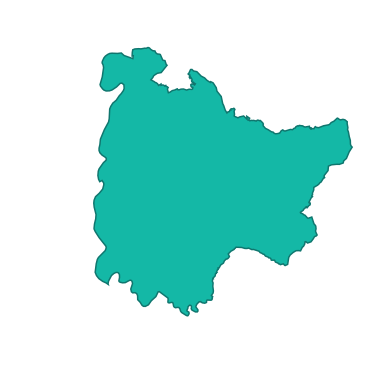 the district of Mica, Cluj, Romania, rotated 292°
{"feature_id": "2599482B98044296653209", "entity_name": "Mica", "entity_type": "district", "adm_level": 2, "iso_a3": "ROU", "parent_name": "Romania", "parent_adm1": "Cluj", "projection": "natural_earth1", "projection_center": [23.988, 47.128], "detail": "fine", "context": "isolated", "style": "filled", "palette": "teal", "viewbox_px": 384, "rotation_deg": 292, "n_neighbors": 0, "source": "geoboundaries", "source_scale": "gbopen_adm2", "svg_char_len": 6018}
<svg xmlns="http://www.w3.org/2000/svg" viewBox="0 0 384 384"><g transform="rotate(292 192 192)"><path d="M293.6,323.7L294.5,322.0L295.7,321.0L299.1,319.5L302.2,317.1L306.3,314.5L308.0,312.9L310.1,312.4L313.6,310.2L315.3,309.6L316.2,306.7L315.9,304.7L314.5,302.7L314.5,301.3L315.0,299.6L314.9,299.0L310.7,297.0L308.5,295.0L306.5,294.3L305.6,293.7L302.7,289.2L299.1,285.4L298.5,283.1L298.8,281.9L298.0,281.5L296.4,281.4L295.6,279.3L294.9,279.0L294.9,278.6L296.0,278.5L295.8,278.1L296.0,277.8L295.8,277.3L295.5,277.2L295.6,276.9L296.9,276.2L294.6,272.5L294.5,271.0L294.8,270.0L293.9,266.5L293.2,266.1L292.9,265.1L291.5,263.9L290.2,263.8L289.2,262.7L287.5,261.9L286.8,259.7L283.4,255.5L283.2,254.3L283.6,252.9L282.2,251.8L279.3,251.2L279.3,250.8L278.6,250.1L277.3,247.8L277.2,246.3L277.9,244.9L277.6,243.0L278.3,239.3L278.5,236.3L280.0,233.3L281.0,232.7L281.7,232.7L282.6,231.7L283.9,228.6L283.3,227.8L283.5,227.1L283.1,225.7L281.9,225.0L281.4,222.1L280.9,221.3L280.5,219.9L279.7,219.0L279.8,217.7L282.0,217.8L282.7,214.5L280.1,215.8L281.8,211.4L279.5,208.1L278.0,206.8L278.1,203.3L278.3,202.6L280.0,202.3L282.6,200.8L284.7,200.8L285.3,199.6L285.2,199.3L284.5,198.9L283.8,197.1L283.0,196.9L282.6,197.3L282.1,196.5L280.6,196.5L279.7,195.3L278.4,194.8L280.3,192.2L284.1,188.9L285.4,187.4L291.5,183.3L294.8,177.4L297.8,175.4L301.1,170.7L301.3,168.0L300.4,167.9L301.2,163.9L302.5,161.0L302.9,157.1L305.4,151.4L304.8,148.1L305.6,146.0L305.0,144.8L301.1,144.6L300.0,144.2L299.6,144.7L299.6,146.3L297.4,146.5L296.6,147.6L298.0,147.7L296.8,149.4L295.7,150.2L294.9,149.9L294.1,150.6L293.8,151.6L294.3,151.9L294.2,152.5L293.8,152.7L293.6,154.6L292.2,154.3L292.4,152.5L291.8,151.0L290.9,150.7L289.3,151.7L289.1,152.3L289.3,153.6L287.8,153.9L287.1,153.5L286.2,150.8L284.5,148.8L284.3,145.5L283.2,143.2L281.8,141.6L281.5,140.1L282.1,139.8L281.8,139.3L280.1,137.8L278.6,135.7L276.2,134.1L275.2,132.9L277.8,130.9L278.9,130.6L279.9,130.8L280.3,129.7L280.2,128.6L281.0,127.8L280.0,127.0L280.3,126.4L280.4,125.3L280.2,124.6L279.3,123.4L280.5,122.8L278.3,121.2L279.5,119.4L279.9,117.7L279.8,116.8L280.2,115.5L280.6,111.9L283.5,112.8L285.3,112.9L286.4,113.5L289.1,115.4L291.2,118.7L300.2,121.4L300.5,120.4L303.7,117.7L303.3,115.8L303.7,115.1L307.6,111.1L307.5,109.6L307.1,109.0L307.0,108.1L307.6,106.1L308.9,104.8L308.3,102.7L308.8,100.2L309.6,98.6L309.5,97.1L308.0,95.6L307.7,94.4L305.6,91.1L304.9,88.9L303.2,85.4L301.7,83.8L299.2,84.3L295.7,85.5L296.3,86.5L293.5,87.2L293.1,77.9L294.4,74.4L292.6,71.1L290.7,65.8L289.7,63.9L288.0,62.3L285.6,60.8L283.4,60.1L279.6,59.9L278.0,60.3L276.5,62.0L274.3,63.4L265.0,65.7L257.2,66.5L255.9,67.5L254.1,70.5L253.5,72.1L253.5,74.5L254.9,77.6L256.6,79.6L258.5,80.9L261.2,82.7L265.8,84.7L266.7,86.2L265.9,88.7L262.6,90.3L260.5,90.4L256.9,89.6L254.0,88.5L248.7,87.4L244.8,85.3L240.9,84.6L238.1,84.6L228.9,87.8L225.7,88.4L216.9,87.4L206.7,87.3L201.6,88.8L197.9,89.4L195.6,90.3L193.8,92.0L192.5,94.8L191.8,98.3L191.2,99.8L190.2,100.3L189.2,100.4L186.0,98.9L178.7,97.2L176.2,97.3L172.0,98.6L168.8,100.6L167.0,102.6L169.0,104.3L167.2,106.8L165.7,107.5L161.3,108.1L156.1,106.5L151.5,104.3L147.7,104.3L144.9,105.1L141.3,107.0L135.1,111.5L131.0,112.8L125.7,113.6L121.6,114.8L120.9,115.2L119.1,117.1L114.9,123.0L109.5,132.5L108.1,133.4L105.2,133.5L96.3,129.8L94.0,129.5L89.6,130.1L81.3,132.3L78.7,134.8L76.8,138.1L75.7,142.6L75.5,146.5L74.9,149.0L75.6,148.5L78.1,148.0L84.3,148.6L87.1,150.0L88.8,151.5L89.4,152.7L89.5,154.0L88.3,155.6L85.7,156.8L82.2,157.5L81.6,158.1L81.4,159.2L81.8,161.7L83.0,164.1L86.5,167.0L87.2,168.1L87.2,169.0L86.6,170.0L84.7,171.2L79.1,171.6L76.8,173.2L76.3,174.8L77.4,177.1L77.0,178.9L75.5,180.4L71.8,182.0L70.3,185.3L68.3,188.0L67.8,189.8L68.5,191.6L71.1,193.9L75.9,195.0L81.5,197.7L86.7,198.0L87.4,199.0L84.7,209.3L84.0,209.9L80.9,210.9L80.5,211.4L80.6,212.4L82.1,214.6L82.2,215.5L81.6,216.2L79.3,217.7L78.6,218.7L78.5,220.0L79.8,222.2L79.9,223.3L79.1,224.6L77.3,226.0L76.4,227.4L75.4,233.0L75.5,234.1L75.9,234.6L78.0,234.9L79.4,234.2L79.8,232.0L80.5,231.6L82.7,231.7L84.1,231.3L86.1,232.1L86.4,233.3L86.1,233.9L85.3,234.6L83.4,235.0L82.5,236.2L82.1,240.1L82.8,241.8L83.8,242.1L85.0,241.6L86.7,238.9L87.5,238.4L89.7,238.5L92.6,239.6L93.0,239.9L93.1,240.7L93.6,241.1L93.1,243.0L93.7,245.5L95.0,246.8L96.6,246.3L97.5,246.5L98.8,250.2L99.6,250.8L100.7,250.8L101.1,250.3L102.7,250.4L103.0,249.8L103.0,248.9L103.3,248.7L106.2,249.4L108.3,248.9L112.4,246.6L115.6,245.6L116.9,244.3L119.1,243.8L119.5,244.3L120.0,243.7L122.7,244.9L125.0,244.4L125.6,245.0L126.2,244.8L126.8,245.2L126.9,244.7L129.2,244.8L129.9,245.2L130.1,244.8L130.6,245.1L131.5,244.7L131.8,245.6L135.0,245.9L137.9,247.8L140.3,247.8L142.6,248.8L143.0,249.6L144.0,250.3L146.1,250.9L148.2,248.8L151.7,250.3L154.6,252.6L155.3,252.5L155.9,253.1L157.3,253.5L159.2,258.9L159.5,262.2L160.2,264.1L161.2,265.5L161.0,269.0L161.8,270.6L162.2,276.3L161.3,277.9L161.4,279.4L161.0,281.1L161.2,282.2L160.1,284.1L160.2,286.8L159.7,287.8L160.0,288.7L159.9,289.8L158.5,291.1L159.7,294.1L158.3,295.6L158.3,298.2L157.8,299.5L158.1,300.1L157.7,301.1L159.6,303.6L158.7,305.4L158.7,305.9L160.7,307.8L167.6,306.2L170.3,306.6L173.8,308.4L176.5,310.4L177.6,312.8L178.1,314.7L182.2,315.0L183.3,315.7L185.8,316.0L188.2,315.5L188.6,316.1L188.0,318.3L190.4,321.0L194.1,322.0L195.9,322.2L197.0,322.7L197.8,323.7L199.0,324.1L201.3,321.7L202.3,321.1L204.3,320.8L206.6,319.6L207.2,319.0L208.2,317.0L213.7,312.4L211.4,309.9L211.1,308.9L212.8,305.5L212.8,303.8L213.3,302.9L213.2,300.6L213.8,300.1L216.8,302.0L217.8,302.0L219.2,302.8L220.7,303.2L221.6,303.9L220.6,303.6L220.4,304.0L220.6,304.7L221.5,304.6L221.8,305.1L222.9,305.3L224.4,306.3L226.0,305.8L225.8,304.7L226.2,304.3L231.3,304.7L232.8,305.4L233.0,304.6L233.4,304.4L234.6,304.8L236.1,304.1L239.5,304.1L241.9,303.2L245.4,305.9L247.2,306.8L248.5,307.1L249.5,307.9L254.3,308.8L254.6,309.4L255.0,309.6L255.6,308.8L256.9,308.4L262.8,310.1L267.1,308.8L269.5,311.2L272.0,316.0L272.8,318.2L275.5,321.3L277.8,321.0L280.9,322.6L288.1,322.7L293.6,323.7Z" fill="#14b8a6" stroke="#0f766e" stroke-width="1.5"/></g></svg>